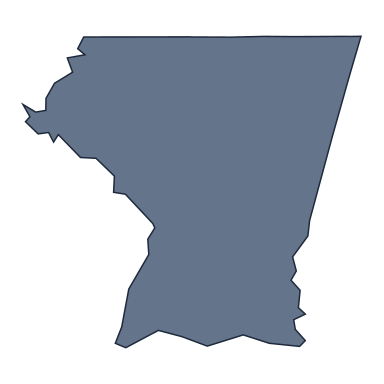 outline of Carroll, Maryland, United States of America
{"feature_id": "52423323B73545009733824", "entity_name": "Carroll", "entity_type": "district", "adm_level": 2, "iso_a3": "USA", "parent_name": "United States of America", "parent_adm1": "Maryland", "projection": "mercator", "projection_center": [-77.055, 39.535], "detail": "fine", "context": "isolated", "style": "filled", "palette": "slate", "viewbox_px": 384, "rotation_deg": 0, "n_neighbors": 0, "source": "geoboundaries", "source_scale": "gbopen_adm2", "svg_char_len": 846}
<svg xmlns="http://www.w3.org/2000/svg" viewBox="0 0 384 384"><path d="M361.0,36.3L360.8,36.3L348.4,36.5L346.6,36.4L300.3,36.6L294.4,36.6L289.6,36.6L264.5,36.4L229.4,37.2L224.1,37.1L193.2,37.0L186.0,36.8L185.6,36.9L83.8,37.0L83.7,37.0L77.7,48.7L84.9,54.8L67.3,57.9L72.6,72.2L54.6,83.2L46.0,98.3L45.8,110.4L35.7,112.1L23.0,104.5L29.9,116.7L25.5,121.7L38.1,133.9L48.6,132.5L53.6,142.1L58.3,134.6L80.5,157.5L96.0,158.3L114.4,176.1L113.6,192.3L125.4,194.2L152.8,223.5L154.8,227.9L147.8,239.2L148.8,254.5L128.8,289.0L121.7,327.0L115.3,343.3L125.8,347.7L158.3,330.4L181.8,336.6L207.3,346.1L243.2,334.9L269.3,343.3L299.6,346.4L305.3,340.6L295.3,329.4L293.7,319.7L305.3,314.1L298.4,307.7L300.1,290.3L291.0,280.2L296.3,271.0L292.6,256.9L307.9,236.0L309.6,220.6L332.5,135.9L349.9,74.2L361.0,36.3Z" fill="#64748b" stroke="#1e293b" stroke-width="1.5"/></svg>